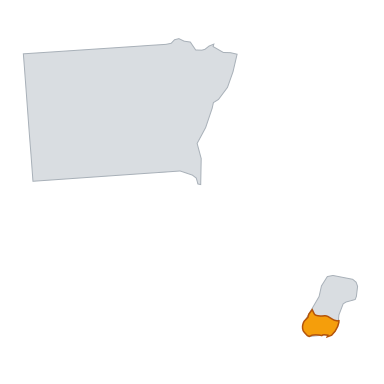 Bioko Norte highlighted on a map of Equatorial Guinea, rotated 176°
{"feature_id": "GNQ-1478", "entity_name": "Bioko Norte", "entity_type": "Province", "adm_level": 1, "iso_a3": "GNQ", "parent_name": "Equatorial Guinea", "parent_adm1": "", "projection": "mercator", "projection_center": [8.803, 3.644], "detail": "fine", "context": "in_parent", "style": "filled", "palette": "amber", "viewbox_px": 384, "rotation_deg": 176, "n_neighbors": 0, "source": "natural_earth", "source_scale": "10m", "svg_char_len": 1438}
<svg xmlns="http://www.w3.org/2000/svg" viewBox="0 0 384 384"><g transform="rotate(176 192 192)"><path d="M349.9,213.8L350.0,239.2L350.2,260.6L350.3,283.8L350.4,307.9L350.5,328.3L350.6,341.6L328.2,341.5L298.5,341.4L268.8,341.3L239.1,341.2L224.2,341.2L207.7,341.1L202.4,341.8L198.8,345.1L194.4,345.9L189.3,343.0L183.2,341.7L181.5,338.7L178.4,333.4L172.3,332.8L169.2,333.4L164.8,336.4L159.9,338.0L160.8,335.6L151.0,329.0L143.9,328.3L137.4,326.3L142.7,309.1L149.3,293.9L159.1,282.5L164.4,279.7L166.1,274.0L173.9,255.3L183.5,240.1L180.5,224.7L182.8,198.8L185.6,199.6L186.0,202.0L186.8,205.6L190.4,208.8L202.4,213.8L238.2,213.8L259.5,213.8L291.1,213.8L324.5,213.8L349.9,213.8ZM66.4,39.6L69.1,40.1L85.4,39.7L89.9,45.4L89.4,54.0L72.5,78.9L69.4,89.3L62.9,98.2L57.2,98.9L37.8,93.7L34.6,90.6L33.4,86.3L35.3,76.4L36.7,73.4L46.0,71.5L49.0,69.9L54.0,59.2L55.6,49.4L59.8,42.1L66.4,39.6Z" fill="#d9dde1" stroke="#a8b0b8" stroke-width="1"/><path d="M54.4,53.4L54.6,51.7L56.0,47.8L58.9,43.2L62.7,39.4L67.2,38.1L67.0,38.5L66.5,39.7L69.9,40.4L71.4,40.4L72.5,39.7L74.9,40.4L78.5,40.9L82.2,40.8L85.2,39.7L85.6,40.1L85.9,40.3L86.8,40.5L89.7,44.1L90.8,45.9L91.2,48.3L91.1,50.4L90.6,52.3L89.9,54.0L89.0,55.4L85.1,58.9L84.0,62.0L80.3,66.3L78.6,62.0L78.3,61.5L78.0,61.1L77.0,60.4L75.5,59.9L72.6,59.3L69.8,59.2L69.0,59.3L68.0,59.3L66.7,59.0L65.2,58.4L60.5,55.1L59.0,54.2L56.1,53.3L54.5,53.4L54.4,53.4Z" fill="#f59e0b" stroke="#b45309" stroke-width="1.5"/></g></svg>